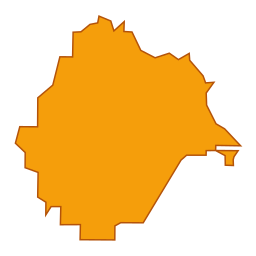 outline of Taylor, Georgia, United States of America
{"feature_id": "52423323B238156185995", "entity_name": "Taylor", "entity_type": "district", "adm_level": 2, "iso_a3": "USA", "parent_name": "United States of America", "parent_adm1": "Georgia", "projection": "robinson", "projection_center": [-84.215, 32.56], "detail": "fine", "context": "isolated", "style": "filled", "palette": "amber", "viewbox_px": 256, "rotation_deg": 0, "n_neighbors": 0, "source": "geoboundaries", "source_scale": "gbopen_adm2", "svg_char_len": 817}
<svg xmlns="http://www.w3.org/2000/svg" viewBox="0 0 256 256"><path d="M19.8,126.7L15.4,143.2L25.2,152.5L25.1,167.7L38.1,172.4L37.7,197.1L45.9,202.2L45.8,214.9L51.1,206.6L60.8,206.6L60.4,224.7L80.4,224.6L80.1,239.7L114.8,239.9L114.9,225.9L120.7,222.7L143.2,222.8L181.0,160.1L186.6,155.2L206.1,155.2L206.2,150.6L215.6,150.5L215.8,145.4L240.6,145.8L224.6,128.8L216.0,123.8L206.6,105.1L206.2,93.0L213.9,82.3L205.6,82.9L203.1,75.9L189.7,60.3L189.2,53.4L178.4,59.6L169.3,53.2L155.1,57.8L140.8,50.4L132.0,32.0L123.9,31.5L124.2,21.6L113.9,30.9L110.8,21.0L99.0,16.1L97.7,22.9L90.0,24.4L81.0,31.8L73.1,32.2L72.6,56.9L59.9,56.8L52.8,85.1L37.8,97.8L37.6,126.8L19.8,126.7ZM238.1,150.7L215.6,150.5L225.1,155.6L225.3,165.2L233.4,165.5L233.2,159.8L234.0,156.7L238.1,150.7Z" fill="#f59e0b" stroke="#b45309" stroke-width="1.5"/></svg>